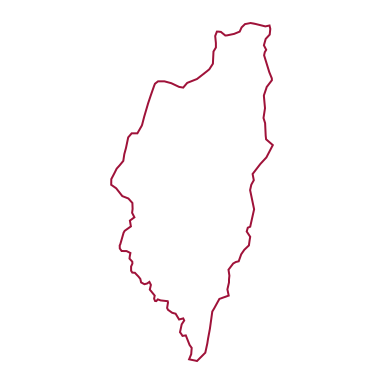 the district of Noun, Ouest, Cameroon
{"feature_id": "32672807B7266662414716", "entity_name": "Noun", "entity_type": "district", "adm_level": 2, "iso_a3": "CMR", "parent_name": "Cameroon", "parent_adm1": "Ouest", "projection": "equal_earth", "projection_center": [10.892, 5.601], "detail": "fine", "context": "isolated", "style": "outline", "palette": "rose", "viewbox_px": 384, "rotation_deg": 0, "n_neighbors": 0, "source": "geoboundaries", "source_scale": "gbopen_adm2", "svg_char_len": 2058}
<svg xmlns="http://www.w3.org/2000/svg" viewBox="0 0 384 384"><path d="M250.5,23.0L245.0,24.1L241.6,27.4L239.7,31.6L234.1,33.9L226.9,35.4L225.3,35.5L220.9,31.9L218.3,31.6L216.9,31.6L215.2,36.0L215.9,43.1L215.9,47.5L213.5,51.5L212.9,63.7L209.3,69.3L207.0,71.2L200.6,76.2L197.0,79.0L187.9,82.6L187.1,83.0L183.2,87.6L179.1,86.9L171.3,83.2L164.3,81.3L158.1,81.3L155.0,83.7L154.2,85.6L151.5,93.3L150.8,95.3L148.0,103.7L147.6,105.1L144.2,116.7L142.1,124.8L141.7,125.8L137.4,133.3L131.7,133.3L128.2,137.4L126.0,147.9L124.3,154.2L123.3,160.9L119.6,165.4L116.7,168.6L114.4,173.2L111.3,179.1L111.2,184.8L116.2,188.3L122.3,196.1L128.4,198.5L132.4,203.0L132.6,208.9L132.1,212.8L134.4,217.3L129.9,220.6L130.9,226.4L124.7,230.8L123.6,232.7L120.3,244.2L119.7,245.5L119.8,248.5L121.6,251.0L126.6,251.1L130.4,253.0L129.8,256.1L129.5,258.6L132.3,261.7L132.4,263.6L131.1,266.5L131.1,270.7L132.3,272.6L134.9,272.8L136.1,274.1L138.5,276.6L140.3,278.9L141.1,282.4L144.4,284.2L147.1,283.5L149.4,281.9L150.9,284.9L149.8,289.6L154.7,295.6L154.1,298.7L155.1,301.0L156.3,301.1L157.8,299.4L160.6,300.4L167.7,301.2L168.0,302.5L167.1,308.0L168.0,309.8L172.2,312.8L175.6,313.7L179.1,319.5L183.2,318.4L184.2,320.5L181.7,324.3L180.0,332.2L181.1,333.7L182.5,335.9L185.8,335.4L189.6,345.0L191.7,347.9L191.2,354.2L189.1,359.3L197.0,361.0L205.3,352.7L207.3,343.5L208.1,338.4L209.9,328.8L212.3,311.5L214.0,308.7L216.2,304.7L217.4,302.5L219.4,298.9L228.7,295.6L227.4,289.4L229.0,282.4L229.0,279.4L229.2,277.5L229.4,275.7L228.5,269.7L233.2,263.5L234.1,263.0L235.8,262.0L238.7,261.3L241.2,254.3L244.3,249.8L248.9,245.4L249.6,240.4L250.2,236.8L246.7,231.5L247.8,227.7L250.2,226.7L254.1,209.3L250.1,190.1L251.3,184.7L253.8,180.2L252.6,174.0L260.4,163.9L266.4,157.4L272.8,145.1L266.1,139.3L265.7,135.8L265.1,123.1L263.5,118.0L265.0,108.2L263.9,96.1L263.9,95.4L266.3,88.3L266.7,87.0L271.9,80.2L271.8,78.3L269.3,72.2L264.1,55.3L264.8,52.1L266.2,49.8L263.9,45.3L265.7,38.9L269.7,34.6L270.3,28.9L269.5,25.5L268.1,25.8L265.4,26.4L255.7,24.0L250.5,23.0Z" fill="none" stroke="#9f1239" stroke-width="2"/></svg>